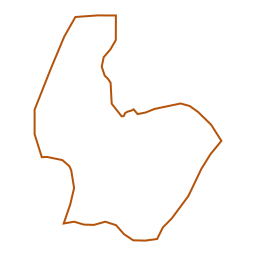 SVG path tracing the border of Osmaniye
{"feature_id": "TUR-4842", "entity_name": "Osmaniye", "entity_type": "Province", "adm_level": 1, "iso_a3": "TUR", "parent_name": "Turkey", "parent_adm1": "", "projection": "equal_earth", "projection_center": [36.291, 37.313], "detail": "fine", "context": "isolated", "style": "outline", "palette": "amber", "viewbox_px": 256, "rotation_deg": 0, "n_neighbors": 0, "source": "natural_earth", "source_scale": "10m", "svg_char_len": 733}
<svg xmlns="http://www.w3.org/2000/svg" viewBox="0 0 256 256"><path d="M115.9,15.5L115.8,40.1L110.4,49.4L103.7,57.2L101.7,66.7L104.7,75.6L108.1,79.0L110.6,82.8L111.7,103.7L121.6,116.3L123.7,116.1L125.2,113.0L127.7,111.6L130.7,110.8L133.7,109.4L137.6,114.1L145.6,112.5L154.4,109.0L161.4,107.5L180.6,103.5L189.7,106.0L198.1,112.0L211.1,124.7L221.4,140.9L210.6,154.0L201.4,168.8L188.4,196.0L171.7,218.5L162.9,227.4L157.1,239.0L145.2,240.6L133.2,240.3L124.0,234.2L116.1,225.2L105.3,221.7L93.9,224.9L83.9,224.6L74.1,221.7L63.7,223.5L70.3,204.3L74.1,188.0L71.2,170.2L69.2,166.0L62.4,160.1L46.8,156.9L41.8,157.2L34.6,134.2L34.6,109.7L50.7,69.0L64.3,36.5L75.4,17.0L97.6,15.4L115.9,15.5Z" fill="none" stroke="#b45309" stroke-width="2"/></svg>